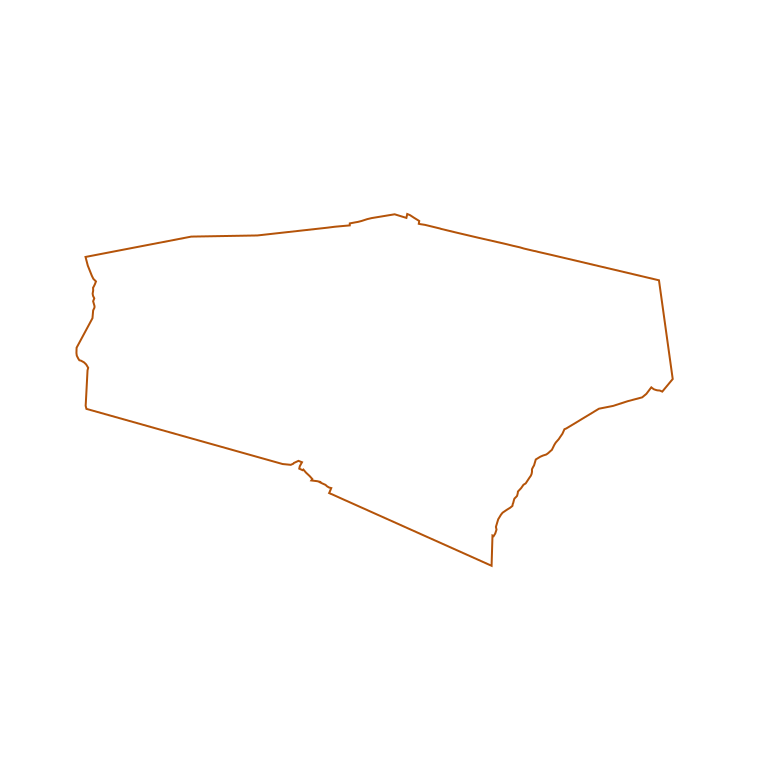 outline of Abasolo, Nuevo León, Mexico, rotated 254°
{"feature_id": "50627088B91827729191113", "entity_name": "Abasolo", "entity_type": "district", "adm_level": 2, "iso_a3": "MEX", "parent_name": "Mexico", "parent_adm1": "Nuevo León", "projection": "robinson", "projection_center": [-100.412, 25.94], "detail": "fine", "context": "isolated", "style": "outline", "palette": "amber", "viewbox_px": 768, "rotation_deg": 254, "n_neighbors": 0, "source": "geoboundaries", "source_scale": "gbopen_adm2", "svg_char_len": 2161}
<svg xmlns="http://www.w3.org/2000/svg" viewBox="0 0 768 768"><g transform="rotate(254 384 384)"><path d="M300.0,649.4L309.2,662.9L407.9,676.9L462.0,580.4L465.2,574.6L468.9,567.9L469.2,567.5L469.8,566.4L470.0,566.1L470.5,565.0L475.6,555.9L477.9,552.3L480.6,547.4L481.3,546.1L484.7,540.2L498.8,514.6L509.2,496.0L517.2,481.9L517.4,481.6L517.6,481.2L517.9,480.9L525.6,467.4L525.8,467.0L527.5,463.3L527.8,462.7L528.4,461.6L531.0,462.8L535.5,458.7L539.1,455.6L541.0,453.2L537.5,451.3L544.2,441.0L546.9,417.8L547.1,413.2L546.9,407.5L547.0,403.6L547.3,400.9L547.8,395.4L545.9,394.8L548.7,380.2L549.9,372.5L561.7,303.2L578.8,239.4L588.4,132.1L579.4,131.9L568.5,133.0L565.2,133.6L562.0,135.4L559.6,133.6L557.6,131.8L556.8,130.9L554.0,130.2L551.1,128.8L548.9,128.6L546.2,129.1L543.7,127.2L542.5,127.2L538.6,127.2L537.2,126.7L534.9,124.7L527.6,121.9L503.6,98.5L498.6,96.9L495.9,96.5L492.7,97.1L490.8,97.7L489.9,99.2L487.5,101.6L484.9,103.1L481.1,104.1L478.9,102.8L448.7,92.4L445.3,91.2L442.1,91.1L335.0,264.5L332.0,272.1L332.4,274.9L332.9,275.5L333.7,280.6L331.4,283.6L328.2,280.4L326.0,279.2L323.6,282.0L324.0,282.9L320.3,284.6L316.1,287.1L312.4,288.9L311.3,287.6L309.0,293.0L307.6,295.5L307.3,295.2L305.5,297.2L303.3,299.8L302.8,300.2L301.4,301.0L299.6,302.7L299.5,302.9L298.9,303.9L298.5,304.6L296.7,303.2L296.4,302.9L294.8,301.7L294.3,301.2L292.8,302.9L292.5,303.4L282.4,315.3L282.1,315.7L272.3,327.3L267.3,333.3L267.0,333.6L179.6,437.3L208.4,446.5L207.5,447.4L209.6,449.7L213.0,452.0L215.8,452.2L222.5,456.5L226.1,460.4L227.6,462.5L229.2,467.3L230.3,471.2L231.4,473.8L232.1,474.2L233.2,474.7L234.0,475.4L236.6,476.9L237.9,477.8L239.1,480.0L239.8,481.1L242.2,482.5L243.7,483.1L246.1,487.1L248.7,490.3L249.4,492.8L253.7,497.8L255.4,499.9L256.9,501.1L258.9,502.1L260.9,502.6L261.6,503.0L263.2,504.5L264.4,505.8L269.6,509.1L271.0,514.1L271.4,517.1L271.5,520.6L272.3,522.8L273.7,525.6L274.4,527.2L278.7,531.1L280.4,533.0L282.9,536.9L284.3,538.5L287.0,541.8L290.8,545.0L291.0,546.9L301.0,583.8L299.8,598.0L300.3,613.7L300.0,628.5L302.2,633.5L307.1,640.0L304.6,641.9L303.4,643.6L302.6,644.9L301.7,647.3L300.0,649.4Z" fill="none" stroke="#b45309" stroke-width="2"/></g></svg>